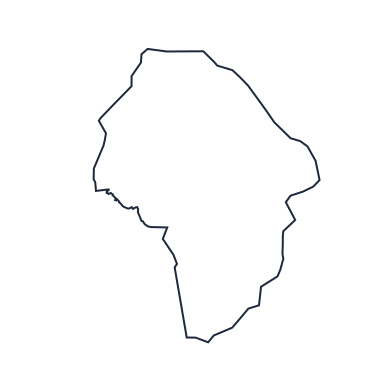 Irewole, Osun, Nigeria (orthographic projection), rotated 34°
{"feature_id": "59680162B22633527707210", "entity_name": "Irewole", "entity_type": "district", "adm_level": 2, "iso_a3": "NGA", "parent_name": "Nigeria", "parent_adm1": "Osun", "projection": "orthographic", "projection_center": [4.216, 7.398], "detail": "fine", "context": "isolated", "style": "outline", "palette": "slate", "viewbox_px": 384, "rotation_deg": 34, "n_neighbors": 0, "source": "geoboundaries", "source_scale": "gbopen_adm2", "svg_char_len": 1337}
<svg xmlns="http://www.w3.org/2000/svg" viewBox="0 0 384 384"><g transform="rotate(34 192 192)"><path d="M269.0,315.6L276.4,310.7L289.4,307.6L290.3,298.7L301.2,282.0L302.7,269.0L303.9,257.2L310.9,248.5L302.2,231.9L310.1,214.1L308.6,206.8L305.0,196.2L301.5,192.6L296.7,184.9L292.3,178.3L289.6,173.5L293.2,157.5L275.5,148.0L275.7,140.0L283.8,129.6L289.5,119.8L291.1,110.8L277.1,97.1L262.2,89.6L253.3,89.3L243.6,92.3L221.3,88.2L205.6,82.1L178.9,72.4L167.4,70.0L157.4,68.4L142.2,73.1L138.1,71.9L122.7,69.0L92.4,89.7L75.2,98.2L73.1,106.1L77.3,113.2L77.1,129.7L82.7,138.1L78.4,161.6L77.2,168.4L74.9,181.7L74.9,185.0L87.9,191.5L90.8,198.0L92.7,203.1L97.5,227.4L103.4,236.5L106.2,237.9L111.8,244.8L121.4,236.5L121.8,236.9L121.1,239.4L121.8,240.5L122.8,240.0L124.0,240.3L125.1,238.4L125.4,238.2L126.4,238.4L127.4,238.2L128.2,239.2L128.8,238.9L130.6,239.6L132.1,239.8L132.7,241.1L132.8,241.7L133.7,241.5L133.5,240.5L133.5,239.9L135.6,240.3L137.4,240.9L137.4,241.2L140.3,241.7L140.8,241.9L143.0,242.5L147.7,241.7L148.9,241.0L149.6,239.9L150.5,238.3L152.4,239.1L152.5,239.1L152.6,238.7L153.8,236.4L155.0,235.2L155.8,235.7L157.1,236.5L158.4,239.0L162.6,241.7L166.2,244.2L167.9,243.8L170.4,245.0L174.4,245.2L177.3,244.2L191.3,235.2L194.0,247.2L211.7,254.4L219.7,260.0L219.8,264.2L269.0,315.6Z" fill="none" stroke="#1e293b" stroke-width="2"/></g></svg>